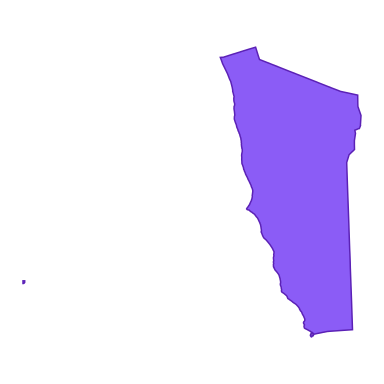 the district of At Tuhayta, Al Hudaydah, Yemen
{"feature_id": "15242507B5379899577344", "entity_name": "At Tuhayta", "entity_type": "district", "adm_level": 2, "iso_a3": "YEM", "parent_name": "Yemen", "parent_adm1": "Al Hudaydah", "projection": "equal_earth", "projection_center": [43.15, 14.086], "detail": "fine", "context": "isolated", "style": "filled", "palette": "violet", "viewbox_px": 384, "rotation_deg": 0, "n_neighbors": 0, "source": "geoboundaries", "source_scale": "gbopen_adm2", "svg_char_len": 4963}
<svg xmlns="http://www.w3.org/2000/svg" viewBox="0 0 384 384"><path d="M352.5,329.7L351.7,305.9L351.6,302.8L350.3,267.3L350.2,262.5L349.9,254.1L349.7,249.8L349.1,232.5L348.8,223.0L348.0,200.6L347.8,195.4L347.0,172.1L346.7,162.5L349.1,154.7L352.2,151.7L352.5,151.5L354.5,149.5L354.4,144.6L354.4,140.6L355.5,133.3L354.8,130.2L355.0,130.1L355.5,129.9L356.4,129.6L356.9,129.4L357.0,129.3L359.2,128.4L359.3,128.5L359.4,128.4L360.5,125.6L360.4,125.5L361.0,115.5L357.9,106.5L357.8,103.5L357.7,95.1L350.8,93.6L348.5,93.1L340.5,91.4L338.3,90.5L331.2,87.8L318.5,82.8L317.8,82.5L315.9,81.7L313.3,80.7L302.1,76.3L289.1,71.2L279.3,67.3L259.5,59.5L258.4,56.2L255.6,47.2L248.5,49.3L245.7,50.2L245.3,50.3L240.8,51.7L239.7,52.1L236.4,53.1L235.0,53.6L234.8,53.6L233.4,54.0L231.0,54.8L229.3,55.3L228.2,55.7L225.0,56.7L223.8,57.1L223.1,57.3L221.6,57.3L220.3,57.4L221.6,60.8L222.6,63.7L225.3,69.2L227.5,73.7L229.6,79.2L230.7,81.4L232.2,87.3L232.7,90.1L232.7,91.5L233.1,92.7L233.6,94.8L234.1,96.5L233.8,98.3L233.9,100.6L234.0,101.4L234.4,102.8L234.7,104.0L234.5,105.8L234.1,106.3L234.0,108.8L234.4,111.3L234.8,115.1L234.4,116.6L234.3,119.0L234.9,121.0L235.5,122.8L236.2,124.5L236.3,124.9L236.4,125.1L236.7,126.7L236.9,127.4L238.0,129.9L238.0,130.5L239.1,132.7L239.1,133.2L239.7,134.3L240.0,135.7L240.3,136.7L240.6,137.6L240.8,138.1L241.0,139.9L241.4,141.2L241.2,141.9L241.4,142.9L241.5,143.4L241.4,144.0L241.4,144.8L241.6,146.2L241.6,146.8L241.9,147.8L241.9,148.5L242.2,149.0L242.3,151.3L242.1,152.3L241.9,153.2L241.8,153.8L241.6,155.1L241.7,156.6L241.8,157.7L241.7,159.1L241.9,161.9L241.9,163.3L242.2,164.3L242.4,164.6L243.4,167.5L243.5,167.8L243.6,168.8L243.7,169.2L243.8,169.5L244.1,169.9L244.3,170.7L244.6,171.6L245.1,172.4L245.4,173.5L245.5,173.9L246.4,175.7L247.3,177.4L248.0,179.0L248.1,179.5L248.7,180.4L249.5,182.1L249.9,182.8L250.0,183.3L250.5,184.2L250.8,184.9L251.2,185.7L251.3,186.6L252.2,188.4L252.6,189.8L252.8,190.9L252.7,192.1L252.5,193.5L252.4,194.7L252.2,195.1L252.3,196.2L252.3,196.8L252.1,197.8L251.9,198.9L251.6,199.5L251.4,200.6L251.0,201.2L250.9,201.5L250.4,202.5L250.1,203.3L249.8,203.8L249.6,204.6L249.2,205.2L248.9,205.3L248.7,205.8L248.1,206.7L246.8,208.4L246.6,208.9L247.0,209.4L247.2,209.6L247.6,209.7L248.1,209.9L249.2,210.1L250.3,211.3L250.7,211.5L251.3,212.0L251.8,212.1L252.6,212.9L254.2,214.0L254.7,214.4L255.2,215.2L256.2,216.5L256.4,216.8L257.4,217.8L258.3,219.5L259.0,221.1L259.9,222.9L260.0,223.5L260.6,224.8L260.7,225.9L260.9,226.5L261.1,228.2L261.4,229.9L261.4,231.4L261.1,231.9L261.7,233.1L262.3,234.8L262.8,236.0L263.3,237.0L263.9,238.0L264.5,238.5L264.9,238.9L265.9,239.7L267.2,241.2L268.6,242.9L269.9,244.5L271.2,246.5L272.0,247.7L272.7,248.9L273.2,250.1L274.0,251.6L274.0,252.5L273.9,253.6L273.7,254.5L273.7,254.9L273.9,255.5L273.8,256.2L273.6,256.9L273.4,257.8L273.5,258.8L273.6,259.9L273.7,260.4L273.7,261.1L273.4,261.7L273.4,262.3L273.7,263.4L273.4,264.3L273.5,266.8L274.0,267.3L273.9,267.6L275.2,270.2L275.7,270.7L277.1,272.3L278.7,274.5L279.0,275.2L279.2,275.7L279.8,277.9L280.1,278.6L280.1,279.2L280.4,280.4L280.6,281.8L280.6,283.1L280.4,283.5L280.3,284.2L280.6,285.8L280.9,286.2L281.2,287.3L281.3,288.5L281.6,289.4L281.5,290.3L281.4,290.9L281.5,291.1L281.5,291.3L281.9,292.1L282.1,292.3L282.3,292.4L282.7,292.6L282.9,292.8L283.3,293.0L284.0,293.5L284.8,294.2L285.2,294.5L285.6,294.9L286.4,295.5L287.2,296.6L287.2,296.9L287.3,297.2L287.6,297.8L287.8,298.5L288.2,298.8L288.4,298.9L288.5,299.0L288.9,299.1L289.3,299.5L289.5,299.7L290.9,300.6L292.5,301.8L292.8,302.2L293.3,302.5L294.1,303.1L295.0,303.6L295.8,304.2L296.2,304.5L297.4,305.8L298.3,306.8L299.1,308.0L299.4,308.4L299.6,308.9L299.7,309.1L299.6,309.3L300.3,310.4L300.4,310.7L300.8,311.0L300.9,311.3L301.2,311.5L301.8,312.4L302.0,313.1L302.2,313.7L302.3,313.9L303.3,315.7L303.5,315.9L304.2,317.7L304.6,318.5L304.8,319.1L304.8,320.2L304.7,320.7L304.5,321.0L304.1,321.5L303.7,321.9L303.7,322.2L303.6,322.4L303.5,322.5L303.5,322.9L303.6,323.2L303.6,323.3L303.7,323.8L304.0,324.0L304.3,324.4L304.5,324.8L304.5,325.0L304.3,325.3L304.1,325.8L304.0,326.0L304.0,326.3L304.2,327.3L304.4,328.0L305.0,328.5L305.4,328.7L305.6,328.7L305.8,328.9L306.0,329.0L306.9,329.4L308.3,330.2L309.6,330.9L310.6,331.5L311.3,332.2L311.4,332.4L311.5,332.6L310.5,334.7L310.4,335.2L310.4,335.6L310.6,336.0L311.3,336.9L311.5,336.8L310.9,336.1L310.7,335.6L310.6,335.3L310.6,335.0L310.7,334.7L311.0,333.9L311.5,332.9L311.7,332.5L311.8,332.4L312.1,332.6L312.1,332.8L312.3,332.9L311.9,333.6L312.0,333.7L312.5,332.7L312.8,333.0L313.7,333.8L313.7,334.0L313.2,335.4L313.1,335.5L313.0,335.4L312.7,335.5L312.5,335.4L312.3,335.3L312.2,335.7L311.9,335.5L312.2,335.9L312.8,335.9L313.0,335.9L313.2,335.7L313.4,335.4L313.5,334.9L313.7,334.3L314.1,334.2L315.9,333.8L316.7,333.6L318.7,333.2L319.8,333.0L322.6,332.4L323.5,332.2L323.8,332.2L327.2,331.5L330.7,331.2L352.5,329.7ZM24.1,283.2L24.7,282.4L24.7,280.8L23.0,280.8L23.0,282.5L23.0,283.5L23.5,283.5L24.1,283.2Z" fill="#8b5cf6" stroke="#5b21b6" stroke-width="1.5"/></svg>